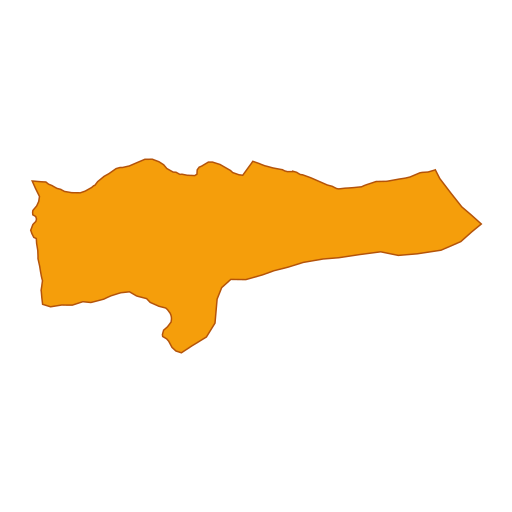 Mont Illi, Mayo-Kebbi Est, Chad
{"feature_id": "50815135B57632005694692", "entity_name": "Mont Illi", "entity_type": "district", "adm_level": 2, "iso_a3": "TCD", "parent_name": "Chad", "parent_adm1": "Mayo-Kebbi Est", "projection": "orthographic", "projection_center": [15.079, 9.78], "detail": "fine", "context": "isolated", "style": "filled", "palette": "amber", "viewbox_px": 512, "rotation_deg": 0, "n_neighbors": 0, "source": "geoboundaries", "source_scale": "gbopen_adm2", "svg_char_len": 3199}
<svg xmlns="http://www.w3.org/2000/svg" viewBox="0 0 512 512"><path d="M435.3,169.8L434.9,170.0L428.5,171.9L428.2,172.0L426.9,172.1L422.2,172.4L419.9,172.8L410.0,177.0L405.4,178.1L398.9,179.1L396.2,179.6L386.8,181.3L376.1,181.5L372.0,182.9L366.8,184.6L364.1,185.6L363.5,185.9L361.5,186.8L353.6,187.6L348.4,188.0L344.8,188.2L340.6,188.7L338.7,188.9L336.9,188.6L336.5,188.5L335.5,188.0L334.7,187.6L332.2,186.3L327.3,185.0L311.1,177.9L308.7,177.0L302.6,174.8L300.2,174.5L297.2,172.7L296.8,172.4L296.6,172.3L292.8,171.2L292.8,171.6L288.6,171.6L287.7,171.7L284.7,170.9L282.6,169.8L282.5,169.7L280.7,169.4L272.8,167.9L266.6,166.2L264.9,165.8L260.7,164.2L259.4,163.6L252.8,161.3L252.0,162.5L250.0,165.3L249.9,165.4L242.7,175.3L240.9,175.0L239.0,174.8L232.8,172.6L232.7,172.6L232.3,172.2L230.5,170.5L229.8,170.1L220.6,164.8L220.1,164.5L219.8,164.4L215.7,163.1L213.8,162.5L212.6,162.1L210.7,162.1L208.3,162.1L208.0,162.3L202.5,165.6L202.3,165.8L202.0,165.9L201.0,166.4L199.1,167.2L198.7,167.9L198.2,168.4L198.1,168.6L197.2,169.9L197.0,173.3L197.0,174.0L196.9,174.2L194.8,175.6L190.8,175.4L190.0,175.4L188.5,175.3L187.1,175.3L186.9,175.2L181.9,174.2L179.9,174.4L177.0,172.8L175.9,172.2L174.9,172.2L173.2,172.1L170.3,170.5L166.8,168.5L165.2,166.6L163.7,164.8L161.1,163.1L158.9,161.7L154.9,160.2L153.8,159.8L153.6,159.7L152.3,159.2L151.7,159.2L151.0,159.2L148.5,159.3L144.8,159.3L143.7,159.8L137.3,162.5L129.2,166.0L127.7,166.3L122.5,167.5L121.0,167.5L120.0,167.5L116.1,168.6L109.0,173.6L104.0,176.4L103.5,176.9L103.4,176.9L103.3,177.0L97.7,181.6L94.8,185.4L94.0,185.6L93.6,185.8L92.4,186.8L91.8,187.4L85.2,191.1L80.3,192.8L71.8,192.7L64.3,191.4L64.0,191.2L63.7,191.0L62.4,190.3L61.2,189.7L60.9,189.4L57.0,188.4L53.4,186.4L52.1,185.6L49.4,184.5L48.6,184.2L48.1,183.8L45.9,182.0L44.1,181.9L41.8,181.8L37.0,181.4L33.8,181.1L32.2,181.0L35.4,188.2L39.5,196.5L38.7,201.5L37.7,203.7L36.7,205.9L32.9,210.4L32.6,212.3L32.8,214.8L33.5,215.2L35.7,216.5L36.5,219.0L35.9,221.3L35.6,221.7L33.8,223.5L32.9,224.5L32.0,226.8L31.5,228.2L30.7,230.2L31.9,233.6L33.8,237.4L36.3,238.5L36.6,243.3L37.6,249.4L37.8,250.7L37.9,253.3L38.0,255.8L38.0,258.7L39.7,266.3L40.5,271.4L41.4,276.3L41.9,278.5L42.5,280.7L42.0,284.2L41.8,285.9L41.1,290.3L41.3,291.6L41.5,293.9L41.8,297.4L42.6,304.3L50.2,306.7L50.5,306.8L51.8,306.6L61.7,305.0L67.0,305.1L72.4,305.1L82.8,301.7L84.0,301.8L90.8,302.5L91.7,302.3L98.3,300.6L103.9,299.1L107.4,297.4L111.0,295.8L118.9,293.3L121.0,292.7L122.1,292.6L129.5,291.8L134.1,294.5L136.5,295.9L138.1,296.4L146.6,298.6L148.4,300.5L150.2,302.4L157.2,305.5L158.7,306.2L161.0,306.8L165.7,308.0L167.5,309.6L170.2,313.3L170.9,315.0L171.4,317.0L171.4,317.6L171.5,319.0L171.3,320.4L171.1,322.0L169.1,324.7L167.5,326.8L163.6,330.2L163.6,330.3L163.1,332.0L162.4,334.6L162.7,336.5L163.9,337.2L166.6,338.8L168.7,341.2L172.0,347.4L175.9,351.0L181.4,352.8L192.0,345.8L206.4,337.0L215.0,323.1L217.1,299.1L221.7,287.6L230.8,279.4L245.8,279.6L262.4,274.9L274.0,270.7L287.9,267.2L303.3,262.4L323.0,259.0L338.9,257.7L359.4,254.6L380.7,251.8L398.3,255.4L417.3,253.8L441.0,250.2L460.8,241.6L471.8,231.8L481.3,224.0L471.4,215.1L461.8,206.9L451.1,193.4L439.8,178.6L435.3,169.8Z" fill="#f59e0b" stroke="#b45309" stroke-width="1.5"/></svg>